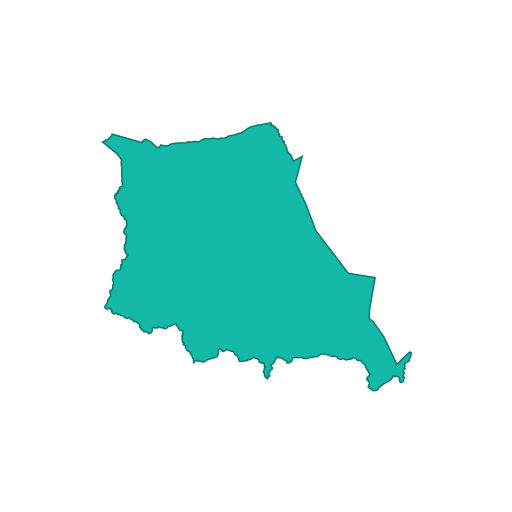 outline of Totoltepec de Guerrero, Puebla, Mexico, rotated 298°
{"feature_id": "50627088B53187609917147", "entity_name": "Totoltepec de Guerrero", "entity_type": "district", "adm_level": 2, "iso_a3": "MEX", "parent_name": "Mexico", "parent_adm1": "Puebla", "projection": "albers", "projection_center": [-97.868, 18.283], "detail": "fine", "context": "isolated", "style": "filled", "palette": "teal", "viewbox_px": 512, "rotation_deg": 298, "n_neighbors": 0, "source": "geoboundaries", "source_scale": "gbopen_adm2", "svg_char_len": 6151}
<svg xmlns="http://www.w3.org/2000/svg" viewBox="0 0 512 512"><g transform="rotate(298 256 256)"><path d="M365.6,250.1L357.3,244.5L361.8,239.2L361.4,238.6L361.8,238.2L362.3,236.5L363.5,234.2L364.6,233.2L364.8,232.6L365.7,232.6L369.3,227.2L369.7,227.7L370.2,227.5L370.3,226.0L371.0,224.7L371.1,223.7L372.6,223.7L373.3,223.1L373.0,220.4L374.3,219.7L375.8,217.5L377.8,216.3L377.9,214.8L378.7,212.3L379.0,212.1L379.0,211.7L378.5,211.0L378.6,210.3L378.9,210.0L379.4,209.9L378.3,208.0L380.3,207.3L380.3,206.1L377.8,203.5L376.2,201.1L373.5,198.1L373.0,196.7L367.3,190.6L364.5,188.6L361.0,187.1L357.5,184.9L356.0,183.1L353.0,180.5L349.3,175.6L347.4,174.7L345.0,172.6L343.7,169.9L341.1,167.1L340.0,163.1L339.0,161.5L337.7,160.2L336.5,158.0L336.1,156.1L332.5,153.3L329.9,151.9L329.4,151.1L328.9,149.2L327.9,147.3L326.0,144.9L325.0,142.4L322.5,140.6L320.4,136.0L315.5,128.9L312.1,126.5L310.9,124.9L309.2,119.7L308.3,119.9L306.9,119.5L305.5,118.1L305.3,116.1L305.7,116.0L306.7,112.2L307.1,111.7L307.6,106.3L307.3,105.6L306.8,105.2L307.2,104.5L307.2,103.6L306.3,102.9L303.9,101.8L303.0,101.9L302.4,101.3L296.1,71.7L295.6,72.0L294.3,72.0L289.8,70.8L288.1,69.5L287.7,68.6L286.0,68.5L285.5,67.5L284.6,67.0L281.3,84.1L279.7,88.3L277.5,92.5L276.2,92.6L274.9,93.2L274.2,93.9L272.4,94.7L272.5,95.2L271.4,96.1L268.0,97.4L263.8,99.8L263.4,100.4L261.6,101.2L261.3,101.7L259.6,102.1L255.3,105.7L253.0,103.6L252.4,103.4L251.7,103.4L250.7,104.4L250.2,104.6L249.4,103.7L248.2,103.4L247.7,103.6L247.4,104.3L246.6,104.5L246.3,104.5L245.8,103.1L245.1,103.2L244.3,103.8L244.2,103.0L242.8,102.9L242.2,103.1L241.4,104.2L240.4,104.4L239.8,106.2L238.9,107.3L237.5,107.5L236.7,109.8L236.0,110.2L234.4,111.9L233.3,112.1L233.2,114.0L232.5,114.5L232.2,115.1L230.6,115.5L229.7,117.5L228.7,118.2L229.2,119.5L227.4,122.2L226.6,122.9L227.1,123.9L226.4,125.1L225.7,125.3L222.9,127.5L218.9,127.5L217.9,127.1L217.2,127.7L215.6,127.8L215.5,128.5L214.6,128.5L214.6,129.0L214.0,129.4L213.9,130.8L213.4,131.0L213.4,131.6L212.7,132.6L211.0,132.7L209.6,133.4L208.6,134.3L207.3,134.1L206.7,135.5L205.8,135.5L205.6,134.9L204.2,134.5L203.3,134.8L202.9,135.9L201.4,135.9L200.4,136.3L200.2,136.4L200.3,137.9L199.9,138.1L198.6,137.9L198.4,138.9L196.9,140.2L197.0,142.2L195.7,142.0L191.5,142.3L189.4,139.4L188.6,139.6L187.8,140.7L186.9,140.9L185.9,141.7L185.5,141.7L184.7,140.8L182.3,142.1L180.0,142.4L179.6,142.2L177.7,139.4L176.1,138.8L175.3,139.0L172.7,138.6L171.5,139.0L169.6,140.2L167.9,140.4L164.9,143.3L162.9,143.2L160.9,144.4L158.5,144.7L157.0,143.4L156.5,143.4L154.7,144.4L153.2,146.2L152.4,146.6L150.8,145.9L149.3,146.1L147.9,145.6L145.3,146.7L141.4,146.2L139.4,146.5L139.2,149.5L140.1,150.5L141.2,150.9L141.3,152.4L140.7,152.9L140.1,154.1L139.2,154.5L138.8,154.9L138.1,157.3L138.5,158.5L139.4,158.6L139.9,160.1L139.3,161.5L140.6,163.0L140.0,164.0L140.0,164.9L140.9,167.1L140.3,168.2L140.3,169.7L140.0,170.8L142.2,173.4L141.5,175.6L141.4,176.7L141.6,177.5L140.8,178.8L140.9,179.6L142.0,180.7L141.7,181.8L141.2,182.1L141.3,183.9L140.9,185.6L138.6,186.6L138.3,187.8L137.2,189.3L137.2,190.8L136.8,192.5L136.4,192.8L137.5,193.9L137.8,194.8L137.3,197.1L137.5,197.9L138.9,199.3L140.6,199.7L143.1,198.9L143.4,198.2L144.5,198.5L145.1,199.6L144.9,200.6L146.4,202.5L146.4,203.2L147.7,203.6L148.2,204.9L148.2,206.6L149.2,208.1L148.8,208.5L149.0,209.9L150.5,211.1L152.8,211.7L153.8,213.3L158.5,216.7L158.0,218.2L157.0,219.1L156.8,220.4L155.6,221.6L154.8,222.9L154.7,223.7L155.3,225.7L155.0,227.1L153.7,227.9L152.4,227.4L151.9,228.5L150.3,228.2L149.5,229.5L148.0,229.5L146.5,231.2L145.3,231.7L145.3,232.9L144.9,233.5L144.4,233.6L144.1,233.2L143.6,233.2L143.7,234.3L143.4,235.9L142.1,236.6L140.1,240.1L140.4,241.1L140.0,242.8L138.9,243.8L138.6,245.4L134.4,250.0L131.7,251.3L133.9,251.3L135.2,251.8L137.0,256.7L137.6,259.3L138.3,260.0L141.0,261.2L148.2,268.5L150.2,268.9L151.3,268.8L152.5,268.5L155.5,267.0L156.8,267.3L157.2,268.2L157.1,269.0L156.3,270.0L156.2,271.3L156.8,272.3L159.1,273.7L159.7,274.8L160.3,278.9L161.1,280.9L159.3,283.4L159.0,284.6L159.3,285.5L158.8,287.1L155.1,290.8L156.9,294.0L158.0,294.9L158.9,296.5L159.7,297.4L161.5,298.5L161.7,299.3L162.9,300.2L164.8,301.1L165.5,302.5L165.5,304.3L166.0,306.3L165.4,307.5L164.2,308.3L163.8,309.0L164.2,311.5L165.0,312.1L164.7,312.8L164.8,313.9L164.1,314.1L163.5,315.1L162.5,315.1L162.4,316.3L160.1,316.3L159.7,316.6L156.9,316.9L156.8,318.0L155.8,318.9L155.0,319.1L154.4,320.2L154.1,320.2L154.3,321.0L153.6,321.1L153.0,322.0L153.0,323.7L155.6,323.8L156.3,324.5L156.9,324.6L157.6,322.4L158.1,322.1L159.9,322.8L161.5,322.1L163.7,323.4L164.8,323.1L165.2,322.9L165.4,321.7L165.9,321.5L166.2,320.6L166.7,320.4L167.6,320.6L168.4,321.4L170.0,322.0L171.9,321.6L172.9,321.8L174.8,321.4L175.5,322.3L176.8,322.1L177.4,322.9L177.5,323.8L177.1,324.2L177.1,325.0L178.1,326.4L177.9,328.3L177.3,329.1L177.7,330.5L177.7,332.0L177.4,332.7L176.1,333.6L176.9,335.2L179.4,336.9L182.3,336.6L183.5,336.2L187.9,344.2L187.7,345.5L188.4,346.8L188.7,348.2L191.9,351.7L192.9,353.1L193.4,353.4L196.2,357.7L197.4,358.0L197.8,358.6L200.4,359.7L200.7,360.1L202.1,365.0L202.8,366.3L202.8,369.5L203.5,370.2L203.6,371.2L204.9,374.1L204.1,377.0L204.3,379.4L206.0,380.6L206.5,382.1L206.6,384.8L207.8,385.4L208.8,387.4L210.2,389.0L212.2,389.7L212.3,392.6L211.5,393.8L211.6,395.1L212.8,397.3L210.8,403.7L209.1,405.4L205.2,411.7L204.2,412.4L201.3,411.4L200.5,411.3L199.0,411.7L198.6,413.3L197.4,415.4L196.2,416.1L193.9,416.3L192.7,416.9L192.5,420.4L192.1,422.4L192.5,423.5L193.7,425.2L194.8,426.1L195.9,426.3L197.6,426.0L199.4,427.3L201.0,427.7L201.9,428.4L203.3,429.0L208.8,432.5L211.7,433.5L214.3,433.4L216.2,437.8L216.2,438.7L215.5,440.0L214.0,440.7L212.4,442.4L212.3,442.8L212.7,443.7L214.6,445.0L216.7,444.1L218.3,444.2L219.2,442.1L222.1,442.1L222.5,441.8L222.5,440.6L224.6,440.2L225.3,439.6L226.0,439.7L226.8,440.4L226.9,439.7L228.6,439.2L229.4,438.3L229.9,438.4L230.0,438.2L231.5,437.9L233.0,438.9L233.7,439.6L235.6,440.6L237.8,439.8L239.1,439.9L243.4,438.7L243.4,436.8L234.7,433.7L226.3,431.5L244.5,407.0L252.8,390.9L254.0,385.4L262.3,381.3L292.8,371.4L284.2,346.0L284.2,345.3L306.5,296.9L325.2,275.7L339.7,256.1L365.6,250.1Z" fill="#14b8a6" stroke="#0f766e" stroke-width="1.5"/></g></svg>